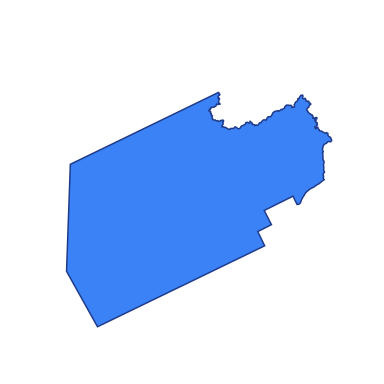 outline of Tehuelches, Chubut, Argentina, rotated 152°
{"feature_id": "61730980B58139732195743", "entity_name": "Tehuelches", "entity_type": "district", "adm_level": 2, "iso_a3": "ARG", "parent_name": "Argentina", "parent_adm1": "Chubut", "projection": "albers", "projection_center": [-71.521, -44.219], "detail": "fine", "context": "isolated", "style": "filled", "palette": "blue", "viewbox_px": 384, "rotation_deg": 152, "n_neighbors": 0, "source": "geoboundaries", "source_scale": "gbopen_adm2", "svg_char_len": 5703}
<svg xmlns="http://www.w3.org/2000/svg" viewBox="0 0 384 384"><g transform="rotate(152 192 192)"><path d="M338.7,117.4L279.2,115.2L200.8,112.2L153.1,110.4L152.5,126.2L137.2,125.9L136.9,141.8L104.8,140.9L105.1,131.7L103.2,131.0L102.0,131.3L100.9,131.9L99.0,133.7L96.9,135.1L94.6,136.4L92.4,137.8L91.2,138.2L87.5,139.1L86.2,139.3L82.3,139.2L81.1,139.3L78.5,139.7L75.9,139.7L72.2,140.5L69.5,140.8L69.6,142.8L69.3,143.1L68.8,143.4L68.6,143.7L68.1,145.2L68.1,145.7L68.1,145.9L66.8,146.9L66.6,147.0L65.9,147.1L65.7,147.2L65.6,147.7L65.6,148.5L65.4,148.9L65.4,149.5L65.1,150.2L63.9,152.1L63.7,152.8L63.6,153.4L63.4,153.7L63.1,154.3L62.6,154.9L62.1,155.5L61.7,155.9L61.2,156.7L61.0,157.8L61.3,158.5L61.3,158.9L61.1,159.2L60.9,159.3L60.7,159.6L60.6,160.3L60.4,161.0L60.0,161.2L59.8,161.5L59.6,162.2L59.1,163.3L58.6,163.9L58.6,164.9L58.5,165.1L58.1,165.4L57.4,165.7L57.2,165.8L57.1,166.4L57.2,167.1L56.9,168.1L56.8,168.4L56.1,169.1L55.7,169.9L55.2,170.2L54.5,171.2L54.1,171.3L52.9,172.0L51.0,172.0L50.5,171.9L50.0,172.2L49.6,172.2L48.6,172.5L47.5,172.4L46.1,171.2L45.4,171.5L44.7,171.7L44.5,171.9L44.3,172.8L44.4,173.5L44.3,173.9L44.0,174.6L44.0,175.0L44.1,175.4L44.6,175.9L45.1,176.8L45.4,178.1L45.2,178.7L44.6,179.6L44.5,179.9L44.6,180.2L45.4,181.2L45.7,180.9L46.0,180.9L47.0,181.7L47.5,182.4L47.9,183.0L48.5,183.9L48.7,184.4L48.8,184.6L49.3,185.2L50.1,185.6L50.6,186.1L50.7,186.4L50.4,187.1L50.8,188.5L50.9,189.1L50.6,189.8L50.5,190.1L50.9,190.2L51.8,190.1L52.3,190.2L53.0,189.8L53.1,190.6L52.9,191.1L52.9,191.3L53.1,191.6L53.1,191.8L52.9,191.8L52.1,191.4L51.5,191.9L50.9,191.9L49.7,192.5L49.7,192.9L50.0,192.9L50.1,193.3L49.9,193.5L49.2,193.9L49.0,194.1L49.0,194.3L49.5,194.6L49.8,195.0L50.0,195.9L49.0,196.4L49.5,197.2L49.9,197.4L49.8,197.8L49.5,198.2L49.4,198.3L49.1,198.3L48.6,198.0L48.4,198.0L47.9,198.1L47.3,198.1L47.3,198.6L46.9,199.1L47.0,199.3L47.7,199.4L48.0,199.6L48.8,199.6L49.5,199.7L50.3,200.2L49.7,200.5L50.1,201.2L50.2,201.4L49.7,202.0L49.6,203.1L49.7,203.4L50.1,203.4L50.2,204.0L50.4,204.3L50.7,205.2L51.0,205.6L51.4,205.9L51.6,206.6L51.6,206.9L51.7,207.6L51.9,208.2L52.1,208.3L52.1,208.6L51.9,208.9L51.9,209.4L52.3,210.2L52.3,210.7L52.1,211.0L51.5,211.2L50.7,212.0L50.4,212.1L49.6,212.0L49.3,212.0L48.9,212.2L48.2,213.2L47.5,213.3L47.0,213.7L46.1,213.6L45.8,214.0L45.8,214.4L46.0,214.7L46.2,215.3L46.4,215.7L46.8,215.9L47.1,216.3L47.0,216.6L46.4,217.0L46.4,217.4L47.1,217.9L47.9,218.2L48.4,218.6L48.5,218.8L48.6,219.0L48.6,219.3L48.2,219.6L48.1,219.9L48.1,220.1L48.2,220.6L48.1,221.4L48.4,221.7L48.9,221.7L50.1,222.3L50.2,222.6L50.2,223.0L49.8,223.8L49.6,224.1L49.3,224.3L49.0,224.5L49.0,225.0L48.8,225.4L48.9,225.6L49.3,225.9L50.4,226.2L50.6,226.2L52.1,225.5L53.0,224.8L53.7,224.5L54.0,224.2L54.3,224.2L54.7,224.6L54.8,224.6L55.0,224.4L55.4,223.5L56.2,223.2L56.8,222.7L58.0,222.8L58.7,222.6L59.1,222.1L60.7,221.1L60.9,220.8L61.1,220.3L61.2,219.6L61.4,219.2L61.8,219.1L62.3,219.1L62.8,219.5L63.0,219.4L63.4,219.4L63.9,219.5L64.1,219.6L64.1,219.9L63.6,220.4L63.6,220.8L63.9,221.9L64.0,222.1L64.2,222.3L65.5,222.7L66.1,223.5L66.6,223.7L67.2,224.2L68.1,224.0L68.6,224.3L68.9,224.2L69.1,223.9L69.6,223.9L69.9,223.6L70.5,223.3L70.7,223.1L70.9,222.7L71.1,222.5L73.3,222.6L73.7,222.4L74.5,223.1L75.3,222.8L76.1,222.7L76.8,222.5L77.3,222.5L78.0,223.6L79.2,223.7L81.1,224.3L82.0,224.3L82.4,224.0L83.5,223.9L83.9,223.5L85.0,222.8L85.5,222.2L86.7,221.9L87.2,221.6L87.4,221.6L88.0,222.1L88.5,222.2L89.2,222.6L89.9,222.6L90.2,222.5L90.8,222.0L92.3,221.3L92.6,220.7L92.8,220.7L94.2,221.7L94.7,222.0L95.6,222.0L97.8,221.4L98.4,220.8L98.5,220.8L99.5,221.1L100.0,221.4L100.2,221.2L100.6,220.9L102.4,220.1L102.8,220.1L103.3,220.4L103.9,221.1L104.3,221.2L104.8,221.0L105.3,221.1L105.3,221.6L105.3,222.0L105.9,222.5L107.0,223.3L106.6,223.8L106.5,224.4L107.5,227.1L108.5,226.0L109.1,226.0L109.4,226.1L109.6,226.5L109.8,227.0L110.5,227.6L111.5,227.9L112.1,227.9L112.3,227.5L112.4,227.2L112.6,227.0L113.0,226.9L114.4,226.8L115.3,226.9L116.2,226.8L116.9,227.0L117.7,226.9L118.3,226.6L118.7,226.2L119.8,225.8L120.4,225.8L121.0,225.9L121.6,226.3L122.0,226.8L122.2,227.6L122.7,228.6L123.0,229.0L123.3,229.1L124.0,229.2L124.6,228.8L125.0,228.6L126.7,229.2L128.2,230.0L129.5,229.6L129.8,229.7L130.0,229.9L130.9,231.4L131.4,232.1L131.8,232.8L132.0,233.3L132.7,233.5L132.9,233.7L133.3,234.5L133.5,234.7L134.2,234.9L135.0,235.5L134.9,235.7L133.8,236.7L133.2,237.0L132.5,237.5L132.4,237.6L132.4,238.1L132.3,238.6L132.0,238.8L131.9,239.0L131.2,239.4L131.3,239.6L130.7,240.1L130.7,240.4L130.7,240.6L130.8,240.7L131.1,240.8L131.4,241.2L131.7,241.0L131.9,241.0L132.2,241.3L132.8,241.4L133.3,241.8L134.4,241.4L135.2,241.8L135.6,242.4L135.6,242.7L135.8,242.9L136.1,243.1L136.6,243.0L137.1,243.4L137.3,243.6L137.6,244.6L137.8,244.7L139.1,245.5L139.7,246.2L139.7,246.9L139.2,247.4L139.4,247.7L139.2,248.4L139.1,249.0L138.5,249.5L138.2,249.8L138.6,250.3L138.9,251.0L138.8,251.4L138.4,251.7L138.3,252.0L138.6,252.5L138.6,253.1L138.5,253.5L137.9,253.7L138.0,254.0L138.0,254.6L139.0,255.6L139.0,255.8L138.8,256.0L138.4,256.4L137.9,256.5L137.1,256.3L137.0,256.7L136.2,257.5L135.4,257.1L135.1,257.6L134.0,257.4L133.1,256.9L132.9,256.6L132.5,256.5L131.9,256.7L130.5,256.7L129.9,257.3L129.7,257.6L129.0,258.0L128.6,257.8L128.4,257.3L127.5,256.9L126.0,256.5L125.9,257.0L126.1,257.5L126.8,258.1L126.8,258.3L126.3,258.6L126.2,258.9L126.2,259.3L126.1,259.5L125.7,259.9L125.1,260.3L125.0,260.7L124.9,260.8L124.2,261.0L124.0,261.3L124.0,261.7L124.6,262.1L124.9,262.5L124.2,262.8L124.4,263.5L124.3,263.8L124.0,264.3L123.4,264.3L122.8,264.6L122.6,264.9L122.5,265.2L122.1,264.7L121.6,265.2L122.1,265.7L121.7,266.6L121.7,267.2L121.9,267.5L225.2,271.3L286.4,273.6L340.0,180.9L338.7,117.4Z" fill="#3b82f6" stroke="#1e3a8a" stroke-width="1.5"/></g></svg>